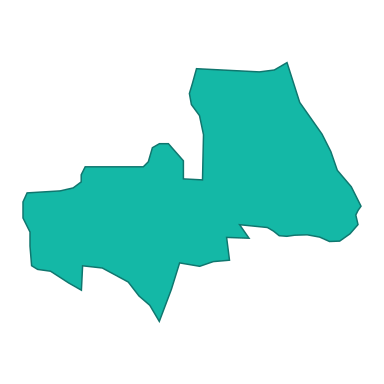 the District of Kitgum
{"feature_id": "UGA-3096", "entity_name": "Kitgum", "entity_type": "District", "adm_level": 1, "iso_a3": "UGA", "parent_name": "Uganda", "parent_adm1": "", "projection": "orthographic", "projection_center": [33.268, 3.395], "detail": "fine", "context": "isolated", "style": "filled", "palette": "teal", "viewbox_px": 384, "rotation_deg": 0, "n_neighbors": 0, "source": "natural_earth", "source_scale": "10m", "svg_char_len": 923}
<svg xmlns="http://www.w3.org/2000/svg" viewBox="0 0 384 384"><path d="M259.4,71.9L274.3,70.0L287.0,62.6L287.5,64.1L299.7,102.4L322.0,134.1L330.8,151.5L337.3,170.3L351.3,186.8L361.0,206.2L358.0,210.5L355.8,215.0L358.0,224.6L350.0,233.8L339.7,241.1L329.5,241.5L319.7,237.1L307.2,234.8L294.7,235.2L286.8,236.3L279.2,235.7L273.5,231.1L267.4,227.5L239.6,224.7L249.0,238.2L226.6,237.4L229.5,260.2L213.3,261.6L199.7,266.3L179.6,262.9L171.4,289.3L159.3,321.4L149.8,305.3L139.0,296.0L128.2,282.0L102.3,268.0L82.6,265.8L81.4,290.2L68.9,283.1L50.5,271.2L37.6,269.4L31.6,265.7L30.0,246.1L30.0,232.0L23.0,218.0L23.0,201.9L27.1,192.9L60.1,190.9L73.2,187.9L81.2,181.9L81.2,174.8L85.2,166.8L143.3,166.8L148.3,161.8L152.4,147.7L159.4,143.7L168.4,143.7L183.4,160.8L183.4,178.9L202.5,179.9L203.5,134.7L199.5,115.6L191.4,104.6L189.4,93.5L192.4,83.5L196.5,68.7L204.3,69.1L259.4,71.9Z" fill="#14b8a6" stroke="#0f766e" stroke-width="1.5"/></svg>